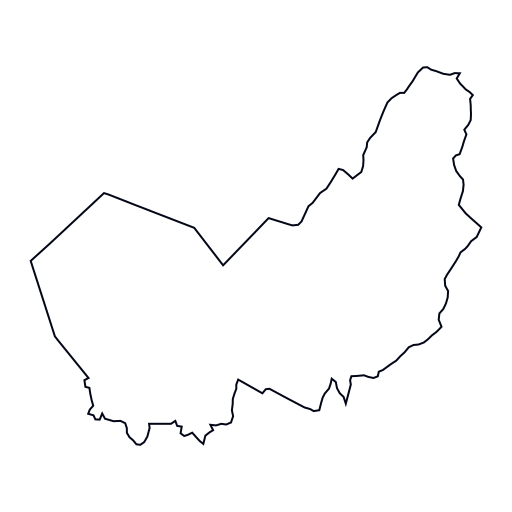 outline of Maranguape, Ceará, Brazil
{"feature_id": "56859067B57944913032389", "entity_name": "Maranguape", "entity_type": "district", "adm_level": 2, "iso_a3": "BRA", "parent_name": "Brazil", "parent_adm1": "Ceará", "projection": "natural_earth1", "projection_center": [-38.774, -3.988], "detail": "fine", "context": "isolated", "style": "outline", "palette": "ink", "viewbox_px": 512, "rotation_deg": 0, "n_neighbors": 0, "source": "geoboundaries", "source_scale": "gbopen_adm2", "svg_char_len": 2511}
<svg xmlns="http://www.w3.org/2000/svg" viewBox="0 0 512 512"><path d="M105.0,418.7L113.5,421.2L120.5,420.9L125.2,423.2L126.8,428.0L126.9,432.9L129.5,437.2L133.3,440.5L136.4,444.3L140.3,444.8L144.2,442.1L147.3,436.7L149.6,428.1L149.1,423.8L171.0,423.8L175.3,420.9L177.2,425.9L181.7,426.6L180.6,433.3L184.2,436.0L187.7,434.9L192.2,432.7L195.6,436.5L199.6,440.9L203.3,443.9L205.4,435.6L209.6,432.3L213.1,430.2L210.4,424.8L216.0,425.4L221.3,423.8L226.2,424.5L231.0,422.5L233.1,416.2L231.9,410.3L232.7,403.9L232.8,399.0L234.5,393.5L236.3,388.8L236.3,384.5L238.2,379.6L262.4,393.3L265.8,389.2L269.5,388.8L285.8,397.6L304.6,407.5L310.0,409.0L313.7,411.1L319.3,410.2L321.1,403.0L322.7,397.6L324.8,393.5L329.0,388.6L330.6,383.9L331.7,378.7L335.8,382.0L337.0,388.2L339.8,393.3L343.6,396.9L345.8,403.7L350.8,384.6L350.1,380.2L351.4,376.2L356.3,376.0L364.0,375.3L368.3,376.9L373.5,378.0L377.8,376.3L378.8,371.7L382.7,370.1L391.2,363.9L396.2,360.7L400.5,356.0L404.6,352.3L408.7,347.3L413.5,345.0L418.6,344.5L423.8,342.5L427.7,339.5L432.0,335.3L436.5,331.9L441.5,326.8L438.7,319.7L439.4,313.4L443.3,309.0L445.9,303.6L447.7,297.5L448.1,291.0L445.2,285.8L444.7,279.1L447.1,274.6L451.2,268.5L455.7,261.5L458.6,256.6L460.5,252.4L465.2,248.8L467.7,246.1L471.1,241.2L476.7,237.0L481.3,227.4L477.3,223.8L471.6,218.8L465.8,213.5L458.8,204.9L460.4,199.0L462.9,191.2L463.6,184.8L463.0,179.5L459.8,176.0L456.2,171.0L454.1,165.0L453.1,158.5L455.9,155.4L459.6,154.2L462.3,146.9L463.9,141.4L466.4,134.4L464.3,129.7L468.3,124.8L470.7,120.1L471.0,114.0L470.8,109.8L470.7,105.2L470.1,98.9L472.8,95.1L469.6,92.0L465.6,89.3L462.9,86.4L460.2,83.7L456.7,78.5L459.8,73.3L454.7,73.1L450.0,74.8L443.3,73.8L436.1,71.1L431.2,69.7L427.2,67.2L423.1,67.5L417.9,72.4L412.6,81.2L408.9,86.4L406.7,89.7L404.2,92.9L399.9,92.9L396.2,95.1L391.6,98.2L387.5,102.4L385.4,107.0L383.1,112.3L380.2,119.6L375.7,132.1L370.3,137.7L367.2,142.3L366.7,147.3L363.2,155.1L363.5,160.1L363.1,166.1L361.3,172.0L356.9,175.3L352.6,178.6L348.1,174.3L343.0,170.0L338.6,168.9L335.9,173.6L331.0,181.7L326.4,188.7L320.1,193.0L312.6,202.9L308.5,206.2L301.5,221.5L298.2,224.8L292.5,225.4L288.9,224.4L281.5,222.1L268.6,218.1L245.6,242.0L223.1,265.3L194.2,227.8L184.3,224.0L151.7,211.4L137.0,205.7L107.9,194.3L104.0,193.1L49.4,244.0L30.7,260.9L32.7,267.2L54.9,336.4L57.8,340.1L88.5,378.0L84.4,380.2L85.4,386.8L89.4,387.9L90.2,393.3L91.6,400.0L93.2,405.7L89.8,409.6L88.2,413.8L93.5,415.3L95.4,419.4L99.7,419.6L102.2,413.5L105.0,418.7Z" fill="none" stroke="#020617" stroke-width="2"/></svg>